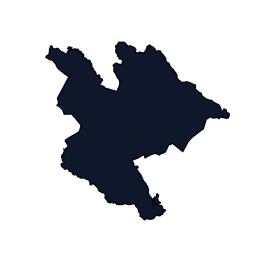 outline of Asūnes pag., Dagdas, Latvia, rotated 193°
{"feature_id": "27541924B76064426584582", "entity_name": "Asūnes pag.", "entity_type": "district", "adm_level": 2, "iso_a3": "LVA", "parent_name": "Latvia", "parent_adm1": "Dagdas", "projection": "albers", "projection_center": [27.598, 56.039], "detail": "fine", "context": "isolated", "style": "filled", "palette": "ink", "viewbox_px": 256, "rotation_deg": 193, "n_neighbors": 0, "source": "geoboundaries", "source_scale": "gbopen_adm2", "svg_char_len": 5778}
<svg xmlns="http://www.w3.org/2000/svg" viewBox="0 0 256 256"><g transform="rotate(193 128 128)"><path d="M203.3,141.2L201.0,136.4L202.1,134.2L199.8,133.5L196.7,131.7L195.4,130.7L193.2,127.2L186.1,129.0L180.9,125.4L173.8,119.8L174.3,119.5L174.2,117.3L174.7,113.3L185.8,102.6L186.1,101.8L185.9,100.8L184.9,100.7L184.4,99.6L182.6,97.8L182.3,96.8L182.5,95.7L184.1,93.7L184.2,92.1L185.4,92.7L184.7,90.8L185.2,88.7L185.1,87.5L186.1,86.9L186.3,85.8L186.0,84.5L184.9,83.3L184.8,82.0L182.5,80.0L183.0,79.5L182.9,78.9L184.6,78.4L184.9,77.8L184.4,76.4L183.3,75.3L181.9,74.8L180.4,73.7L179.6,73.9L179.1,74.5L177.5,74.8L176.1,73.9L175.4,72.6L173.2,72.7L171.8,72.0L171.9,71.4L171.5,70.8L170.5,70.8L170.0,70.2L169.1,70.8L167.8,71.0L165.8,69.4L165.2,69.8L164.5,69.2L163.4,69.7L163.5,69.0L162.7,68.7L158.9,69.6L157.3,68.8L154.5,68.6L153.0,67.1L152.5,65.8L152.4,64.8L151.8,64.3L151.2,64.3L150.7,65.4L149.6,66.0L147.0,65.0L143.6,62.6L142.1,60.2L141.0,60.2L139.2,59.3L137.3,59.5L135.6,58.7L135.0,57.9L134.7,55.6L134.2,55.2L134.5,54.8L133.8,54.1L132.1,52.9L130.9,51.4L128.5,51.2L126.9,52.0L125.4,51.7L124.2,52.6L122.2,51.4L120.4,51.2L118.6,51.9L117.1,51.9L113.5,53.9L110.5,53.5L107.5,54.4L106.5,55.7L105.2,55.3L103.9,55.5L103.4,54.9L102.8,53.5L101.2,52.8L100.0,51.8L98.7,48.8L96.7,47.6L96.6,47.4L96.8,46.6L96.3,46.0L96.3,45.0L96.0,44.6L94.1,44.3L92.3,42.8L91.2,42.4L90.8,42.6L90.5,43.5L89.4,44.1L87.2,44.0L86.8,44.7L85.7,44.1L83.0,45.5L82.5,46.1L82.5,46.6L82.1,46.9L81.8,48.1L80.4,49.8L78.7,49.4L77.0,49.9L76.3,51.1L75.2,51.7L74.9,52.8L75.7,54.8L74.1,54.3L73.1,56.2L73.9,56.7L75.3,56.6L76.3,57.2L76.5,57.5L76.6,58.6L77.9,59.8L82.0,59.3L82.3,60.0L82.3,60.3L80.0,61.7L79.8,62.7L82.0,63.1L82.3,64.0L83.3,65.5L83.5,66.4L83.1,68.9L84.4,70.4L84.7,70.3L85.0,69.4L84.7,68.3L86.0,65.4L86.3,65.3L86.7,66.0L87.0,64.5L87.7,64.6L87.9,64.3L86.6,62.7L86.8,61.7L86.3,61.4L86.3,61.0L84.8,60.1L83.6,60.0L84.0,59.6L86.0,59.4L86.2,59.0L86.3,57.9L87.0,58.7L87.0,59.1L86.6,59.3L87.0,60.9L87.7,61.7L88.4,63.3L90.1,65.6L90.5,65.7L91.0,64.7L91.5,65.2L91.6,65.5L91.3,66.2L91.7,67.2L93.0,67.7L93.9,70.3L94.3,72.8L95.4,73.9L95.3,74.6L95.6,75.1L97.4,76.6L98.4,78.0L101.2,79.9L105.3,85.5L106.3,86.0L109.1,88.6L110.3,89.2L110.4,90.7L109.4,91.7L109.8,92.6L110.8,92.7L112.7,91.9L113.5,92.2L114.2,93.2L114.6,94.6L115.9,96.1L116.5,96.2L117.1,96.8L117.1,97.3L111.4,101.3L108.0,104.5L106.0,105.8L104.7,102.9L99.8,107.2L95.7,109.7L95.3,109.3L94.0,109.5L92.9,109.0L91.1,109.0L90.0,111.0L88.5,111.2L86.3,113.3L84.6,121.0L82.8,121.6L81.4,123.3L69.4,117.5L66.3,128.5L64.9,131.0L63.6,133.3L54.6,144.2L53.9,151.6L53.9,153.9L53.8,154.1L50.2,157.6L47.5,156.9L42.7,158.5L41.5,157.7L40.9,159.2L39.1,159.7L34.5,159.7L32.7,160.4L32.2,163.1L33.0,165.0L35.2,165.0L36.5,167.6L38.7,168.1L38.8,167.2L39.5,165.8L40.8,165.5L42.0,167.6L42.3,168.4L44.7,170.9L50.0,172.1L53.1,173.7L54.7,173.3L57.2,173.6L59.4,174.0L60.6,174.9L61.8,175.1L63.4,176.2L64.2,177.7L65.1,178.4L66.9,178.6L68.2,179.5L70.7,180.6L71.4,181.8L71.6,183.2L72.1,185.0L73.9,184.9L76.8,185.8L80.9,186.2L85.4,184.4L86.8,184.7L88.4,185.7L89.5,186.0L91.4,187.5L92.4,190.7L93.2,191.1L94.1,192.7L95.6,193.3L97.0,195.1L98.5,195.7L100.8,197.5L102.8,200.1L104.1,200.6L104.3,199.9L105.1,200.1L105.9,201.7L106.7,202.5L107.0,204.3L110.8,207.5L112.3,208.2L113.6,210.0L114.9,210.1L118.3,209.1L118.8,209.6L119.2,210.6L121.4,212.1L122.1,212.5L123.4,212.4L124.8,213.4L125.6,213.6L127.2,212.2L127.7,211.3L127.7,209.1L128.6,205.9L129.2,204.8L131.3,204.3L133.9,204.5L135.2,203.2L136.3,203.1L138.1,204.0L138.3,204.7L138.0,206.2L139.5,207.1L139.5,207.5L141.3,208.0L141.9,207.8L142.6,208.2L144.4,208.6L144.8,207.9L145.7,207.9L146.3,207.5L150.0,210.1L151.4,210.5L156.3,209.3L156.6,208.8L156.7,206.6L158.1,205.9L158.2,205.6L158.1,204.9L158.3,204.4L157.0,202.6L157.4,201.0L156.5,198.8L154.4,197.3L154.4,195.8L152.5,195.1L152.3,193.5L149.5,193.7L149.1,193.5L148.6,192.3L148.1,192.0L148.2,191.5L147.8,190.4L148.8,188.3L151.2,188.0L152.6,188.1L153.6,188.6L155.0,187.8L156.2,186.3L156.4,185.7L155.8,184.6L154.5,184.3L154.4,183.8L154.6,182.9L155.1,182.5L154.6,181.3L154.4,180.2L150.9,176.7L149.9,175.0L148.6,174.0L147.7,173.9L147.5,173.2L146.2,172.9L146.9,172.1L145.7,169.5L145.9,169.3L146.0,167.1L145.5,166.4L145.9,166.0L146.5,164.3L146.6,162.5L146.8,161.7L147.9,160.9L148.6,160.8L149.5,161.3L150.5,161.1L160.3,161.8L160.9,163.1L162.4,163.0L165.1,163.7L165.5,164.2L165.6,165.1L164.5,166.1L164.6,167.3L163.6,168.7L164.0,169.5L165.5,170.1L167.8,169.9L167.3,170.7L167.1,171.9L167.8,173.0L168.6,172.8L168.5,172.0L169.0,171.8L171.1,172.8L171.6,173.2L171.6,173.9L172.1,174.8L174.9,177.0L175.7,178.4L177.0,179.0L177.8,182.0L179.7,183.7L179.7,184.5L181.0,184.0L181.1,184.8L181.6,184.3L182.7,184.2L182.8,184.4L182.3,184.8L182.4,185.1L183.4,184.5L184.5,186.3L184.8,186.3L185.2,185.7L185.4,185.7L185.3,186.3L185.6,186.5L186.2,186.5L187.2,187.2L188.2,187.1L188.4,187.5L187.6,188.5L187.6,189.1L188.5,189.2L188.4,189.7L188.8,190.1L190.3,189.6L191.2,190.0L190.6,190.8L190.5,191.4L192.0,190.9L192.2,191.2L192.1,191.9L193.5,192.1L194.6,193.4L194.9,193.4L195.3,192.6L196.1,192.6L196.3,192.9L197.3,193.1L200.2,191.8L201.7,191.9L201.7,192.4L201.0,193.1L201.0,193.6L203.7,193.7L204.2,193.0L204.2,192.4L204.5,192.1L203.2,191.4L203.1,190.6L203.7,189.7L203.6,189.2L203.2,189.0L203.1,188.6L203.4,188.4L203.3,188.2L203.6,188.0L203.7,187.6L204.0,187.7L204.0,186.7L204.2,186.4L204.1,186.0L204.3,185.8L205.0,186.1L205.8,185.9L206.1,186.3L209.0,187.2L210.2,187.1L214.2,189.7L215.0,189.5L217.0,188.4L218.1,188.4L220.0,189.1L220.2,189.4L220.2,190.1L220.7,190.6L221.1,190.7L221.9,190.0L221.6,187.7L222.2,187.1L221.7,186.1L221.7,184.5L221.4,183.0L221.7,182.1L221.4,181.9L223.8,179.5L223.7,178.4L218.8,176.9L217.3,177.5L212.8,174.2L210.5,171.2L208.9,170.0L201.4,166.4L197.0,164.7L203.3,141.2Z" fill="#0f172a" stroke="#020617" stroke-width="1.5"/></g></svg>